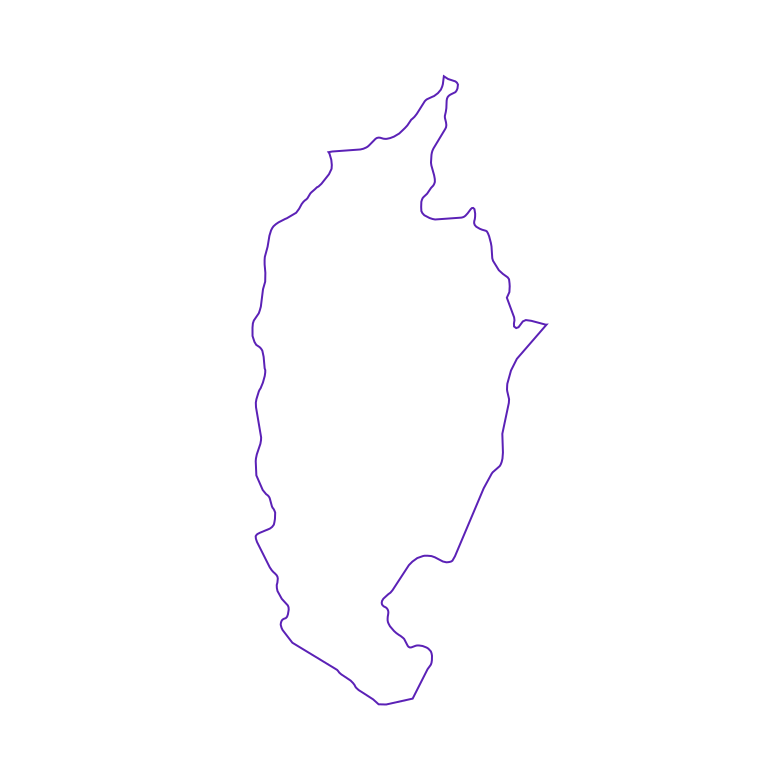 outline of Maha Sarakham, rotated 13°
{"feature_id": "THA-440", "entity_name": "Maha Sarakham", "entity_type": "Province", "adm_level": 1, "iso_a3": "THA", "parent_name": "Thailand", "parent_adm1": "", "projection": "natural_earth1", "projection_center": [103.175, 16.023], "detail": "fine", "context": "isolated", "style": "outline", "palette": "violet", "viewbox_px": 768, "rotation_deg": 13, "n_neighbors": 0, "source": "natural_earth", "source_scale": "10m", "svg_char_len": 4125}
<svg xmlns="http://www.w3.org/2000/svg" viewBox="0 0 768 768"><g transform="rotate(13 384 384)"><path d="M373.1,70.7L377.8,72.4L385.5,73.1L387.3,74.0L388.7,75.6L389.1,79.5L388.7,81.8L387.9,83.6L384.2,86.6L383.1,87.6L382.2,88.7L381.5,90.1L381.2,91.8L381.3,93.8L382.7,101.2L383.0,105.0L383.0,109.2L383.5,111.0L385.6,115.2L386.5,117.7L386.7,119.9L386.3,121.7L379.2,143.4L378.7,145.9L378.6,147.9L378.7,150.0L380.0,157.8L381.0,160.4L385.9,169.4L387.4,172.9L388.1,175.7L387.9,177.7L387.4,179.5L385.7,182.4L383.2,188.9L380.5,192.9L379.8,194.3L379.5,196.1L379.4,198.1L380.4,203.2L381.5,207.1L383.0,208.9L385.3,210.5L391.0,212.0L394.2,212.3L396.8,212.2L421.9,204.5L423.3,203.8L424.5,202.9L425.5,201.7L427.1,198.9L429.2,194.1L430.1,192.8L431.3,192.4L432.8,193.3L434.5,197.5L435.1,200.3L435.4,203.0L435.3,205.0L435.6,206.9L436.6,208.6L438.5,210.0L442.4,211.2L444.9,211.6L448.8,211.8L449.9,212.2L451.4,213.8L453.2,216.4L456.4,222.5L457.8,225.8L461.2,237.1L462.5,239.4L470.3,247.3L475.1,250.0L480.6,252.3L482.3,253.9L483.7,257.8L484.5,260.5L485.5,266.2L484.3,272.3L495.8,289.8L496.8,292.6L497.0,295.9L497.8,298.7L500.2,299.8L502.3,298.4L505.2,291.8L507.8,289.8L513.3,289.3L528.3,289.8L529.0,289.6L507.8,329.6L504.7,342.3L504.1,356.0L504.4,358.0L505.1,361.7L505.7,363.3L509.3,370.7L509.9,374.4L510.5,405.9L515.3,424.0L516.2,430.0L516.2,433.4L515.8,436.2L515.2,438.0L509.8,445.5L509.1,447.1L504.6,463.2L491.9,535.9L490.4,540.8L489.3,541.9L488.0,542.6L486.5,543.2L484.9,543.7L481.3,543.7L472.5,541.4L469.0,541.0L465.3,541.5L462.2,542.2L460.8,542.8L455.6,546.1L451.6,550.7L449.0,554.9L438.7,583.0L437.2,585.9L435.5,587.8L431.7,593.3L430.9,595.8L431.0,597.8L431.7,599.3L432.8,600.2L434.2,600.9L435.8,601.2L437.2,601.9L438.3,602.9L439.2,604.3L439.7,605.9L439.9,608.0L440.0,609.9L440.3,611.8L440.7,613.5L441.4,615.1L442.3,616.4L444.3,618.7L449.3,622.4L452.0,623.9L455.1,625.2L456.7,625.7L459.7,627.1L461.0,627.9L466.0,633.8L467.1,634.6L468.6,634.9L470.0,634.4L473.8,631.9L475.1,631.3L476.8,630.9L480.5,630.6L484.1,631.1L485.8,631.5L487.2,632.2L489.8,634.0L490.9,635.7L491.9,638.0L492.8,642.3L493.0,644.9L492.8,646.8L492.6,647.4L490.6,652.1L482.7,684.1L458.2,695.8L450.8,697.3L444.3,693.7L428.1,687.9L425.3,686.3L424.1,685.3L423.2,684.1L421.2,682.4L418.2,680.5L407.6,676.5L405.2,675.2L404.0,674.1L402.6,673.1L352.9,656.7L340.5,646.5L339.0,644.6L337.5,641.8L337.3,640.0L337.4,638.3L337.9,636.8L338.7,635.8L339.7,635.0L340.9,634.3L341.9,632.6L342.2,630.1L341.9,625.3L341.2,623.0L340.1,621.4L332.7,616.3L326.8,609.7L325.5,606.9L324.7,604.0L324.8,601.5L324.3,597.5L323.5,595.7L322.3,594.4L320.0,592.9L318.8,592.3L316.6,590.8L313.9,588.3L295.8,566.5L294.0,563.6L293.2,561.2L293.7,559.8L294.4,558.7L296.5,556.9L305.3,550.6L307.1,548.5L307.7,547.2L308.3,545.8L308.3,543.2L308.1,540.0L306.9,533.8L305.5,531.7L304.1,530.2L303.3,529.7L302.3,528.4L298.4,521.1L297.8,520.3L296.9,519.4L295.5,518.5L294.0,517.9L289.7,514.6L280.2,501.8L276.4,488.2L276.0,485.6L275.9,481.2L277.0,470.1L276.8,466.4L276.3,463.7L264.5,435.4L263.3,431.0L263.1,427.5L263.7,419.3L264.1,417.5L264.7,416.0L265.7,409.9L266.0,403.1L265.7,399.6L265.2,397.2L264.2,395.6L260.6,384.6L258.0,379.0L257.0,377.9L255.7,376.8L254.4,376.0L250.7,374.6L248.3,372.1L245.1,366.8L243.2,358.7L242.6,354.4L242.9,351.4L246.1,343.2L246.4,340.3L246.6,336.4L244.8,318.9L245.2,311.0L243.4,302.4L240.8,294.4L239.8,290.2L239.3,287.0L239.7,276.5L239.0,265.3L239.4,259.7L240.1,257.0L240.9,255.1L242.7,252.6L244.9,250.2L250.7,245.3L251.9,244.5L259.9,236.9L261.9,232.3L263.3,227.2L264.5,224.6L265.7,222.8L266.7,221.7L267.6,220.3L269.3,215.0L270.1,213.6L272.8,209.9L273.7,208.5L274.6,207.2L275.7,206.4L278.0,203.0L283.2,192.0L284.5,186.1L283.9,182.4L282.2,177.4L279.0,171.7L277.8,170.6L281.3,169.1L308.2,160.8L311.0,159.4L313.3,157.7L314.6,156.5L315.7,155.0L320.6,147.0L321.7,145.9L323.1,145.2L324.6,144.9L328.2,145.1L329.9,144.9L331.5,144.5L334.7,143.0L338.1,140.7L342.5,136.5L346.9,129.8L348.6,126.8L351.1,120.3L352.0,119.2L353.6,116.8L355.2,113.4L360.1,99.3L360.9,98.0L361.8,96.9L366.7,93.1L368.0,92.2L371.1,88.5L373.2,84.4L373.8,81.0L373.9,78.6L373.1,70.7Z" fill="none" stroke="#5b21b6" stroke-width="2"/></g></svg>